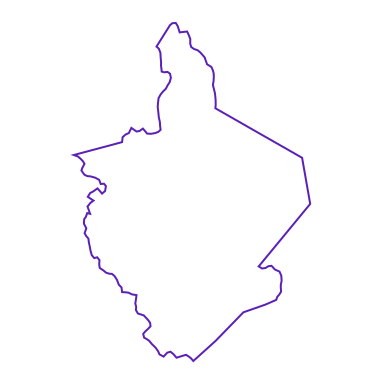 the district of Itanagra, Bahia, Brazil
{"feature_id": "56859067B38916091628463", "entity_name": "Itanagra", "entity_type": "district", "adm_level": 2, "iso_a3": "BRA", "parent_name": "Brazil", "parent_adm1": "Bahia", "projection": "robinson", "projection_center": [-38.082, -12.298], "detail": "fine", "context": "isolated", "style": "outline", "palette": "violet", "viewbox_px": 384, "rotation_deg": 0, "n_neighbors": 0, "source": "geoboundaries", "source_scale": "gbopen_adm2", "svg_char_len": 2152}
<svg xmlns="http://www.w3.org/2000/svg" viewBox="0 0 384 384"><path d="M73.8,155.0L78.0,156.5L80.8,159.0L82.9,161.2L84.5,163.8L82.5,167.5L81.4,170.5L84.4,174.7L87.3,176.1L90.6,176.4L95.2,177.7L99.2,179.9L100.7,184.0L103.9,183.7L105.9,186.0L105.1,191.0L102.1,193.6L99.8,191.0L97.5,188.4L93.1,191.5L90.2,193.0L87.8,196.8L90.6,198.7L93.5,200.6L90.5,202.8L87.5,206.5L89.1,211.0L90.1,213.8L87.2,213.1L85.9,216.8L84.2,219.2L83.9,223.6L86.3,228.3L84.6,233.2L86.4,236.3L88.4,238.6L88.9,242.5L89.8,246.7L90.5,250.6L91.7,255.0L94.2,258.1L97.2,257.3L99.5,260.2L99.2,264.1L99.7,267.9L103.5,270.5L106.1,272.7L109.3,273.7L112.0,273.9L114.5,276.0L117.0,279.9L118.8,284.7L121.5,287.4L122.1,292.1L125.6,292.3L128.6,292.7L132.0,294.4L136.5,295.1L136.0,299.0L135.3,303.5L136.2,306.9L135.9,310.0L137.9,313.5L143.8,315.4L147.8,319.7L150.1,322.8L150.5,326.3L147.7,329.2L145.2,331.5L143.2,333.9L144.1,337.6L146.6,339.0L149.2,340.8L152.0,344.2L155.5,347.6L158.1,351.2L159.5,354.4L163.6,356.6L167.2,352.7L170.5,351.7L173.5,354.2L176.5,357.7L186.0,354.8L188.7,356.5L190.9,358.2L193.3,361.0L215.7,340.8L243.4,312.3L265.4,304.6L276.2,299.9L277.3,296.8L279.4,294.4L281.1,291.6L280.8,287.9L280.8,284.7L281.6,281.0L281.3,275.7L279.5,271.6L274.9,269.5L271.5,265.8L268.4,266.2L265.5,268.0L262.1,268.5L258.7,266.4L310.2,203.9L302.1,157.8L215.4,108.3L215.7,104.7L215.6,99.8L215.0,93.5L214.1,89.8L212.9,84.9L213.6,80.9L213.8,76.8L213.7,73.5L212.9,70.4L211.4,67.0L207.1,64.3L205.7,60.5L204.7,57.5L202.5,54.9L200.1,52.3L197.6,50.2L194.0,49.0L191.2,47.0L190.2,43.6L190.3,39.1L188.9,35.4L187.1,31.5L182.9,32.0L179.7,32.4L178.8,29.6L177.8,26.3L175.8,23.0L172.3,23.2L169.9,25.3L156.5,46.6L158.8,48.6L160.4,52.8L160.7,58.0L161.1,62.4L161.0,65.4L161.4,68.5L161.7,71.6L164.3,72.3L167.5,71.9L170.0,73.7L170.9,77.8L169.6,82.3L167.4,85.7L165.9,88.7L163.1,91.4L160.6,94.5L158.6,98.1L158.1,102.0L157.7,106.8L158.3,112.0L158.8,117.2L159.9,122.2L160.1,125.9L160.6,129.8L158.3,131.9L155.0,133.1L151.1,133.8L147.1,133.6L144.9,130.9L142.9,128.6L139.5,131.0L136.5,131.5L133.9,129.7L131.4,127.9L128.8,133.1L125.6,134.5L122.6,137.2L122.1,142.1L73.8,155.0Z" fill="none" stroke="#5b21b6" stroke-width="2"/></svg>